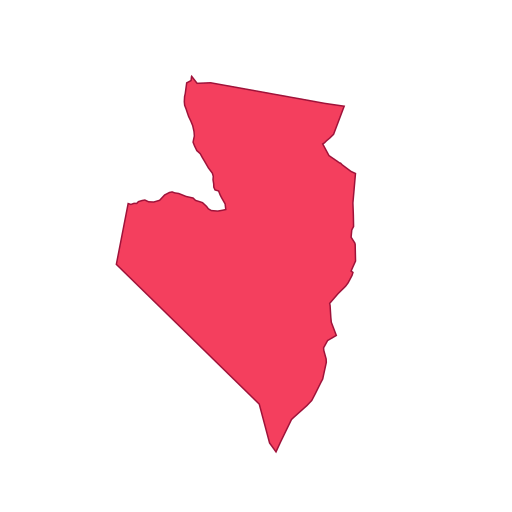 the district of San Antonio Sinicahua, Oaxaca, Mexico, rotated 340°
{"feature_id": "50627088B26759671205553", "entity_name": "San Antonio Sinicahua", "entity_type": "district", "adm_level": 2, "iso_a3": "MEX", "parent_name": "Mexico", "parent_adm1": "Oaxaca", "projection": "robinson", "projection_center": [-97.572, 17.151], "detail": "fine", "context": "isolated", "style": "filled", "palette": "rose", "viewbox_px": 512, "rotation_deg": 340, "n_neighbors": 0, "source": "geoboundaries", "source_scale": "gbopen_adm2", "svg_char_len": 1623}
<svg xmlns="http://www.w3.org/2000/svg" viewBox="0 0 512 512"><g transform="rotate(340 256 256)"><path d="M285.7,380.0L286.7,376.7L287.4,368.0L288.1,365.4L294.4,359.9L304.3,358.1L304.1,344.0L305.3,339.3L308.7,327.8L309.0,325.7L320.3,319.4L329.9,315.0L333.4,312.7L339.6,307.1L341.5,304.6L340.2,302.7L343.4,299.3L344.0,298.7L347.8,294.8L353.1,279.2L353.3,277.7L351.8,270.9L354.9,264.3L356.7,262.6L357.1,262.3L357.8,261.6L361.5,250.8L365.2,239.3L377.7,212.5L374.1,208.9L368.1,199.7L367.2,197.6L366.5,197.3L358.9,186.6L357.0,173.5L359.0,173.1L361.7,171.8L365.6,170.4L370.5,168.2L390.1,145.4L372.8,136.1L272.6,77.7L259.7,73.6L257.0,65.1L256.8,65.3L255.0,68.9L250.1,69.6L245.0,79.3L243.4,81.8L241.4,86.5L240.5,90.0L240.6,93.9L240.5,97.1L240.4,101.9L240.9,106.7L241.1,111.9L240.3,117.9L239.1,122.2L237.5,124.7L235.8,127.5L235.9,131.6L236.4,136.4L236.4,136.7L238.6,140.8L239.2,144.8L240.4,151.2L241.4,156.9L243.3,163.2L243.1,166.5L241.7,169.6L240.9,173.8L239.9,176.9L240.1,179.9L243.1,182.1L243.2,186.4L243.6,189.5L244.8,196.5L243.5,202.0L240.4,201.6L235.4,200.7L229.5,198.0L227.3,195.3L226.5,192.5L224.0,187.6L221.4,185.5L218.2,183.1L216.7,180.0L210.6,176.1L207.3,173.1L204.7,170.8L201.2,168.9L199.1,167.1L196.3,166.7L191.0,167.4L184.5,170.7L178.3,170.3L173.6,168.3L170.7,165.4L167.9,164.9L164.1,164.7L161.9,165.8L159.4,164.8L156.1,164.8L153.8,163.0L137.1,190.8L121.9,216.1L144.8,263.8L208.4,396.3L204.8,436.4L207.8,446.9L215.4,439.2L233.4,421.8L236.1,420.6L242.8,417.9L252.8,413.9L255.8,412.4L259.0,410.8L264.7,405.6L273.6,397.1L276.6,394.4L279.3,390.1L285.7,380.0Z" fill="#f43f5e" stroke="#9f1239" stroke-width="1.5"/></g></svg>